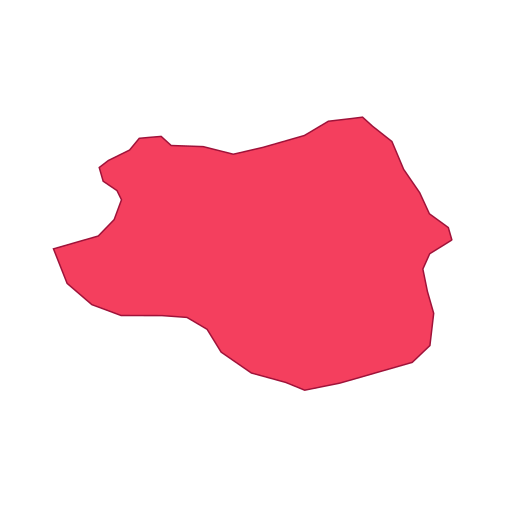 an SVG outline of Oslomej, rotated 74°
{"feature_id": "MKD-2956", "entity_name": "Oslomej", "entity_type": "Statistical Region", "adm_level": 1, "iso_a3": "MKD", "parent_name": "North Macedonia", "parent_adm1": "", "projection": "natural_earth1", "projection_center": [21.026, 41.576], "detail": "fine", "context": "isolated", "style": "filled", "palette": "rose", "viewbox_px": 512, "rotation_deg": 74, "n_neighbors": 0, "source": "natural_earth", "source_scale": "10m", "svg_char_len": 736}
<svg xmlns="http://www.w3.org/2000/svg" viewBox="0 0 512 512"><g transform="rotate(74 256 256)"><path d="M294.9,64.4L301.7,88.4L314.5,99.2L337.2,101.0L360.1,101.0L390.0,113.5L401.3,135.1L401.3,169.1L401.3,210.3L398.4,246.2L385.7,262.3L367.2,292.7L338.8,316.0L313.0,323.2L296.0,339.3L287.4,362.7L276.0,402.1L257.5,427.2L230.3,445.1L193.3,448.7L193.3,423.6L193.3,402.1L181.9,382.3L164.9,369.8L154.8,371.6L142.0,382.3L127.7,382.3L123.5,371.6L119.3,348.3L110.7,335.8L112.5,326.2L114.9,314.2L126.4,307.1L136.3,276.6L151.9,249.8L153.5,219.3L153.5,176.3L146.4,149.3L150.2,126.3L151.9,115.3L163.4,108.2L183.4,93.8L213.4,90.2L240.3,81.2L263.2,77.7L281.7,63.3L294.4,63.3L294.9,64.4Z" fill="#f43f5e" stroke="#9f1239" stroke-width="1.5"/></g></svg>